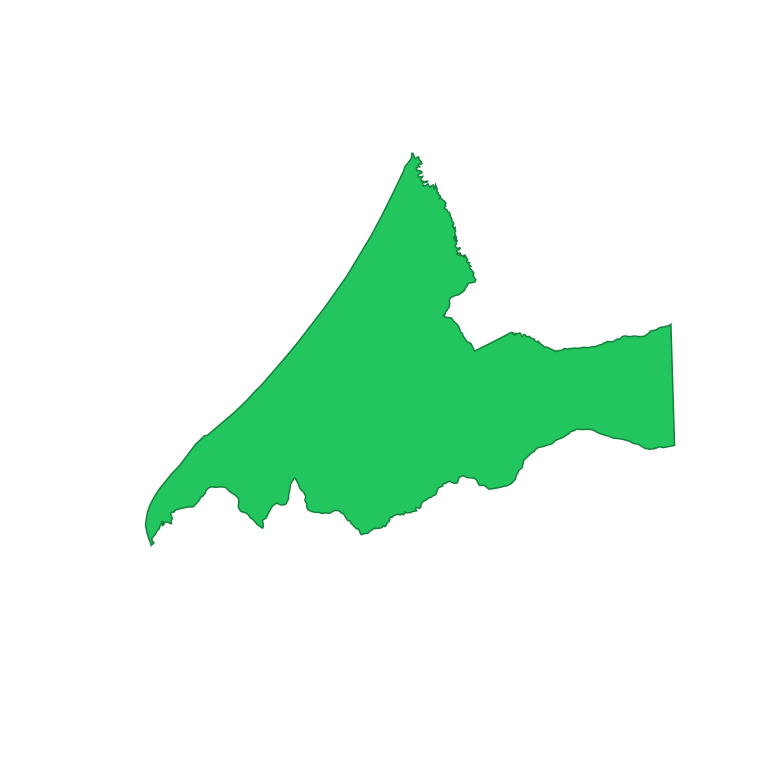 outline of Pococi, Limón, Costa Rica, rotated 242°
{"feature_id": "36466004B96368575688704", "entity_name": "Pococi", "entity_type": "district", "adm_level": 2, "iso_a3": "CRI", "parent_name": "Costa Rica", "parent_adm1": "Limón", "projection": "albers", "projection_center": [-83.671, 10.502], "detail": "fine", "context": "isolated", "style": "filled", "palette": "green", "viewbox_px": 768, "rotation_deg": 242, "n_neighbors": 0, "source": "geoboundaries", "source_scale": "gbopen_adm2", "svg_char_len": 6171}
<svg xmlns="http://www.w3.org/2000/svg" viewBox="0 0 768 768"><g transform="rotate(242 384 384)"><path d="M565.8,504.2L562.9,501.4L546.0,478.3L533.2,460.4L520.6,441.6L496.8,401.9L478.9,366.5L461.4,327.9L454.4,311.0L440.2,274.3L438.5,267.9L433.9,254.9L429.5,239.6L421.6,203.9L422.5,201.2L419.3,189.5L408.0,165.1L404.3,154.1L396.6,135.9L391.9,127.7L387.2,120.9L381.9,115.0L375.8,110.3L371.5,107.2L364.0,104.9L357.7,103.7L352.7,103.3L350.8,102.6L351.6,106.2L352.3,106.3L353.5,105.7L355.5,105.8L357.2,107.5L358.6,111.7L360.6,114.1L361.8,117.8L363.6,119.2L364.9,121.6L366.9,122.9L366.6,124.0L365.3,124.3L364.0,122.4L363.0,122.1L363.0,123.1L364.4,125.0L364.3,127.2L362.7,128.9L361.2,129.7L360.5,130.8L362.9,131.5L364.6,134.1L368.5,134.3L369.9,135.3L370.4,136.2L369.5,138.7L370.6,140.6L370.0,144.0L368.2,150.5L366.5,155.5L365.5,156.7L365.2,158.5L368.1,166.5L370.0,168.8L370.1,172.1L370.9,173.0L371.4,174.8L373.2,176.5L374.5,179.8L374.6,181.6L374.2,183.2L371.4,187.6L370.6,190.1L367.8,194.9L366.2,195.9L362.0,197.0L355.5,200.5L352.4,201.5L350.8,201.6L347.2,200.0L344.6,198.0L342.3,197.5L339.5,197.6L338.2,198.2L336.2,200.5L333.3,202.5L328.6,203.2L324.9,205.0L319.6,206.0L313.9,208.9L313.8,209.6L315.0,210.5L317.3,211.7L320.8,212.7L321.0,217.0L325.9,223.6L328.7,228.5L329.2,233.4L325.7,236.0L324.2,239.1L324.1,241.1L327.3,245.6L332.2,248.7L333.8,250.4L339.4,254.4L342.6,259.8L342.7,261.1L341.3,261.4L335.0,261.4L331.7,260.6L325.6,262.3L321.3,262.0L318.4,259.5L316.6,259.3L314.8,259.7L311.6,257.9L308.5,257.9L305.2,260.4L302.5,263.7L301.5,266.0L299.1,268.1L298.4,269.4L298.2,271.3L295.6,274.7L295.3,276.4L295.6,281.1L293.2,284.8L289.7,286.0L288.5,287.3L281.4,287.7L280.4,288.1L278.8,289.8L276.0,289.5L274.7,290.3L272.8,290.5L270.8,291.4L269.3,291.5L267.8,293.3L262.1,293.0L261.4,293.7L261.0,296.8L259.8,299.6L259.9,300.7L260.6,301.9L261.0,307.3L258.4,313.4L258.4,315.0L259.3,317.0L258.8,317.6L258.0,317.4L257.8,319.1L259.7,321.4L260.2,323.9L263.3,326.9L262.6,328.7L263.3,331.3L262.5,335.0L260.7,336.9L261.0,338.9L259.5,339.5L259.7,341.1L261.0,342.4L260.0,342.9L258.0,346.9L258.0,349.3L256.7,353.3L259.7,353.4L259.5,355.3L257.6,356.7L257.3,357.2L258.6,359.2L260.3,360.2L261.4,361.7L261.9,364.1L261.8,367.0L262.4,369.0L261.9,372.3L262.3,375.0L262.0,377.8L266.8,383.2L266.4,387.7L268.1,389.5L267.4,391.8L267.5,395.6L266.5,396.8L263.4,399.3L262.3,401.7L262.7,402.8L266.2,406.4L266.2,410.0L265.7,410.9L262.0,413.7L259.8,417.6L258.0,419.6L255.8,420.7L250.6,420.5L249.6,420.9L247.1,425.3L243.5,426.5L241.7,427.6L239.2,434.6L236.4,445.1L236.3,449.7L238.3,455.3L241.4,458.0L243.3,461.4L244.4,462.4L245.3,466.7L251.0,471.6L253.6,480.9L254.1,485.1L254.9,486.6L255.6,489.7L253.7,496.5L253.6,499.6L252.5,502.1L252.5,505.6L253.7,508.4L252.8,517.1L253.4,524.2L254.3,526.0L253.7,528.8L253.7,533.3L251.7,535.7L247.9,543.5L245.5,546.7L240.0,550.4L234.5,555.5L232.4,558.1L229.1,560.4L223.6,568.3L217.8,574.3L215.5,575.4L214.1,576.7L211.5,580.2L204.4,584.3L204.0,585.4L201.6,587.7L200.9,590.2L200.0,591.6L200.1,592.9L199.5,594.2L199.5,597.2L196.5,601.2L193.4,611.7L302.1,665.4L301.7,662.5L302.6,660.4L302.6,658.3L304.0,655.8L304.3,652.7L304.0,649.3L305.7,644.6L305.3,642.9L304.5,641.4L304.0,636.6L304.5,634.8L306.8,630.2L307.8,629.3L309.1,626.9L310.5,623.0L312.8,620.1L313.8,618.3L313.8,615.9L313.0,613.5L314.2,611.0L313.9,605.9L315.1,603.2L316.1,602.3L316.8,601.0L316.4,599.5L317.1,597.0L316.5,596.0L317.6,590.7L317.9,587.5L319.2,585.4L319.5,583.3L320.7,580.5L322.8,577.3L323.2,575.2L324.9,571.2L326.8,568.2L327.0,566.5L328.2,564.4L329.1,561.8L330.8,559.7L330.2,557.2L331.7,553.3L331.7,551.9L332.7,551.3L332.4,550.3L333.4,550.0L339.8,545.4L341.3,543.0L347.0,540.8L347.7,540.0L349.2,540.5L349.4,538.8L351.1,537.4L352.1,537.7L353.0,537.5L354.3,536.9L354.7,535.6L357.9,534.7L358.1,533.4L359.1,532.0L361.1,531.8L362.0,530.5L361.0,528.6L361.3,528.0L364.6,528.2L365.5,527.8L365.7,525.4L366.9,524.0L365.7,523.4L366.1,522.4L366.5,522.0L367.0,522.5L367.2,521.6L367.6,521.3L368.4,521.2L368.8,521.9L370.0,519.8L369.8,517.9L370.0,500.4L370.6,479.5L378.5,479.7L379.8,479.2L382.6,477.1L389.4,476.4L392.0,476.9L393.5,476.0L400.1,477.0L404.1,476.1L406.6,474.9L408.5,474.9L411.0,474.2L414.1,469.7L415.0,468.9L416.7,468.5L416.3,470.0L418.8,472.4L419.2,473.8L421.6,478.0L424.7,480.1L426.6,480.5L428.0,481.7L429.0,483.5L428.6,489.4L427.7,491.3L428.5,497.5L429.2,499.5L430.4,500.8L431.6,503.4L433.3,505.9L431.5,511.6L431.7,512.9L433.2,514.1L433.8,513.7L438.4,513.7L438.6,514.6L439.5,514.7L440.1,515.4L443.2,514.9L445.5,514.1L447.8,514.8L447.4,515.8L450.1,515.0L450.8,516.6L451.7,515.9L452.0,514.8L453.4,514.2L454.2,514.5L454.0,515.9L454.4,516.2L459.9,516.0L460.1,515.2L458.2,515.0L458.4,514.0L460.3,513.5L461.5,511.9L462.3,512.8L464.1,512.6L464.1,512.2L462.2,511.0L464.3,509.3L464.8,509.7L464.8,511.1L466.5,510.4L467.7,510.7L467.4,513.8L468.2,515.1L468.9,514.5L469.1,512.9L469.7,511.9L473.3,511.7L473.6,512.2L473.4,513.8L475.9,514.4L475.8,515.5L476.2,516.0L477.3,515.8L477.6,514.3L478.4,514.3L478.7,514.6L478.7,516.2L479.9,517.0L480.4,516.3L480.3,515.5L478.9,514.0L480.3,514.2L481.1,514.8L481.9,517.2L482.8,517.1L485.0,517.8L485.1,518.9L485.4,519.0L487.2,518.7L487.3,519.7L488.8,520.3L488.8,518.7L490.5,519.3L490.6,518.6L491.6,518.7L492.3,518.9L492.4,520.8L494.3,521.0L496.4,520.6L498.0,521.4L501.9,521.4L502.5,522.0L504.1,522.3L506.1,521.3L508.4,521.3L510.6,519.7L511.3,520.1L512.1,521.9L513.7,522.1L514.0,523.2L515.3,523.6L515.7,523.1L517.4,523.1L519.0,522.2L521.0,521.8L521.8,519.8L523.2,522.0L524.5,521.8L526.0,520.9L527.2,521.7L528.3,520.8L531.3,522.5L535.6,523.0L532.5,520.5L534.0,520.3L536.6,521.1L536.7,518.8L535.6,517.4L536.8,516.8L540.1,516.8L539.5,514.0L540.6,511.7L543.5,512.3L542.1,516.1L542.1,517.4L542.5,517.8L543.1,517.1L543.2,515.3L546.1,512.2L547.5,512.7L549.1,515.7L550.4,511.9L551.6,511.6L552.4,512.2L552.8,513.6L552.7,516.4L553.2,517.0L555.3,516.2L556.5,513.8L559.3,513.8L559.8,514.1L559.8,515.2L559.0,517.7L560.7,516.9L561.6,516.9L561.7,517.3L561.7,518.2L560.8,519.6L560.7,520.9L563.3,521.2L566.2,520.1L567.3,521.1L568.2,521.1L568.7,520.3L568.2,518.1L568.5,517.5L570.5,517.1L572.5,517.8L573.9,517.9L574.6,517.0L570.3,514.0L565.8,504.2Z" fill="#22c55e" stroke="#15803d" stroke-width="1.5"/></g></svg>